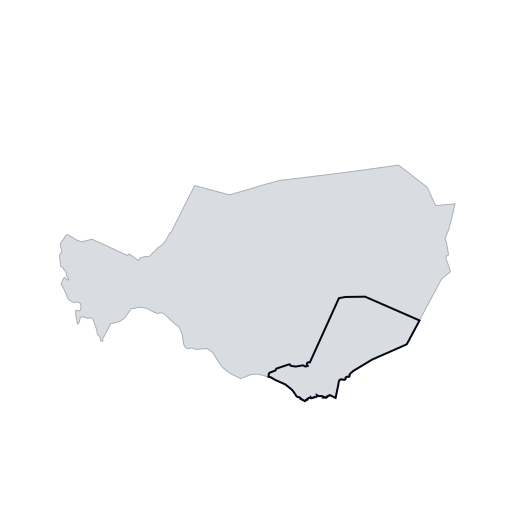 Diffa on a map of Niger (orthographic projection), rotated 24°
{"feature_id": "NER-796", "entity_name": "Diffa", "entity_type": "Department", "adm_level": 1, "iso_a3": "NER", "parent_name": "Niger", "parent_adm1": "", "projection": "orthographic", "projection_center": [13.155, 15.532], "detail": "fine", "context": "in_parent", "style": "outline", "palette": "ink", "viewbox_px": 512, "rotation_deg": 24, "n_neighbors": 0, "source": "natural_earth", "source_scale": "10m", "svg_char_len": 6583}
<svg xmlns="http://www.w3.org/2000/svg" viewBox="0 0 512 512"><g transform="rotate(24 256 256)"><path d="M386.4,353.3L382.2,353.3L379.7,354.1L376.7,356.5L373.2,357.4L369.0,359.5L366.4,361.2L363.9,362.5L360.5,365.7L359.3,368.1L355.9,368.6L351.2,368.2L348.1,365.7L341.1,363.1L336.6,362.0L334.5,361.7L323.7,361.1L312.3,362.0L306.5,363.1L305.4,363.4L302.1,364.9L299.3,366.6L291.8,374.3L282.0,373.9L276.2,372.9L271.3,371.6L264.4,367.7L256.0,361.9L252.8,361.1L249.8,360.6L248.8,360.6L238.5,366.0L236.6,365.8L234.2,366.3L232.6,367.7L231.4,368.4L230.2,368.4L228.6,368.1L227.0,367.2L225.5,365.6L221.5,359.2L220.6,358.1L218.9,356.2L216.0,353.2L214.0,351.8L212.7,351.4L211.3,351.6L203.2,348.9L195.2,346.0L193.4,346.2L192.1,346.7L189.2,348.6L185.9,348.8L181.7,348.5L179.4,348.1L175.7,348.6L173.2,349.3L169.9,350.5L165.6,353.9L164.4,354.3L163.4,354.8L161.6,364.5L160.4,367.4L158.1,371.2L153.8,374.7L150.8,376.8L150.7,379.9L150.3,384.8L150.1,388.2L150.2,390.4L149.7,391.5L149.5,392.4L149.6,393.9L150.2,394.6L150.6,395.5L150.3,396.2L148.9,397.0L147.5,394.8L145.6,393.1L143.5,392.3L142.2,391.1L141.5,389.5L138.8,386.3L132.7,379.9L132.0,379.8L131.0,379.5L129.2,380.1L128.0,381.1L127.3,381.4L126.1,381.4L123.0,382.0L120.6,382.9L120.5,383.7L121.5,388.3L120.8,390.8L119.8,389.6L116.5,384.8L114.2,381.2L113.8,380.4L113.5,379.2L113.8,378.7L114.8,378.4L117.0,378.1L117.4,377.7L117.6,376.8L117.3,375.0L116.2,372.6L115.0,370.9L114.3,370.6L112.9,370.5L111.5,370.6L108.7,372.4L107.5,372.7L104.8,372.4L102.3,371.9L100.9,370.8L96.6,366.7L91.8,362.4L89.8,361.7L89.4,361.2L89.2,358.1L89.4,354.4L89.8,353.4L91.8,354.1L93.9,354.5L94.7,353.8L93.0,352.4L90.6,350.9L89.7,348.8L89.0,348.1L88.0,347.3L86.7,346.8L85.4,346.2L84.6,345.5L83.1,345.2L81.6,344.7L79.6,341.2L77.6,337.9L76.5,335.3L76.1,333.7L76.9,331.2L76.3,330.1L74.0,327.3L72.2,324.7L72.9,321.0L73.5,317.9L73.6,315.9L74.0,314.8L74.3,313.5L75.7,313.2L79.0,313.4L85.6,314.4L90.8,314.0L91.1,313.9L95.0,310.8L99.3,307.4L105.5,307.4L112.2,307.4L117.5,307.5L125.2,307.7L131.4,307.7L138.6,307.8L138.9,306.2L139.4,305.8L140.1,305.8L145.3,306.9L150.3,308.0L150.8,304.9L155.3,301.3L157.8,300.6L158.5,299.9L159.3,298.7L159.9,296.7L160.2,295.3L161.1,294.1L161.9,292.0L163.0,288.2L165.6,284.3L167.3,278.9L167.7,273.6L168.2,269.6L168.9,268.8L169.2,261.7L169.5,254.6L169.8,248.6L170.1,241.1L170.4,234.5L170.8,227.3L171.1,220.9L171.3,216.7L176.3,215.9L181.5,215.0L189.0,213.8L197.2,212.5L206.2,211.0L208.2,209.9L215.2,204.0L218.3,201.4L224.5,196.0L229.3,191.9L235.4,186.7L241.8,181.5L246.9,177.3L254.9,172.6L266.8,165.5L278.7,158.3L290.6,151.2L302.4,144.0L314.2,136.8L325.9,129.5L337.6,122.3L349.2,115.0L360.9,117.8L371.9,120.5L383.0,123.2L385.7,124.6L391.6,129.9L399.2,136.6L399.6,136.7L399.9,136.7L407.2,132.7L416.6,127.4L416.6,127.5L419.3,141.4L421.3,153.4L421.5,161.0L421.6,163.0L422.4,164.4L424.2,165.7L431.5,176.7L430.0,178.6L431.1,182.1L433.0,183.5L439.0,190.0L439.8,191.3L439.5,192.4L435.5,200.2L434.8,202.1L434.1,212.1L433.6,219.1L432.9,228.7L432.1,240.2L431.5,250.0L430.6,262.8L429.7,275.0L423.7,281.8L413.0,293.7L404.2,303.4L399.7,309.9L391.1,322.6L387.2,330.7L384.2,335.0L382.7,336.8L384.0,342.8L386.4,353.3Z" fill="#d9dde1" stroke="#a8b0b8" stroke-width="1"/><path d="M386.4,353.3L380.6,353.0L379.9,353.2L379.7,353.3L379.7,353.8L379.3,354.0L378.4,354.9L378.2,355.1L378.1,355.4L378.1,355.5L378.2,355.8L378.2,356.0L377.8,356.0L377.7,356.0L377.5,356.4L377.6,356.5L377.9,356.5L377.5,357.1L376.9,357.3L376.3,357.4L375.6,357.7L375.8,357.3L375.7,357.1L375.3,357.1L375.2,357.5L375.0,357.4L374.6,357.5L374.2,357.5L373.9,357.4L374.0,357.2L373.4,357.1L372.8,357.3L370.6,358.4L370.0,358.5L369.3,358.4L369.2,358.8L368.7,358.6L368.3,358.5L368.5,358.8L368.9,359.0L369.0,359.2L368.7,359.5L368.0,360.2L368.0,360.3L368.0,360.5L367.8,360.5L367.7,360.5L367.3,360.7L367.2,360.8L367.3,361.1L367.4,361.3L367.5,361.3L367.1,361.4L366.9,361.1L366.7,361.1L366.5,361.5L365.9,362.3L365.5,362.6L365.0,362.7L364.7,362.8L364.6,363.4L364.4,363.5L364.0,363.4L363.8,363.3L363.6,363.1L363.3,362.9L363.3,363.3L363.2,363.4L363.1,363.6L362.9,363.7L362.7,363.7L361.7,364.5L361.6,364.9L361.3,365.3L361.1,365.7L361.5,365.8L361.4,366.4L361.2,366.6L361.0,366.9L360.9,366.9L360.3,367.0L360.2,367.1L360.0,368.4L359.9,368.7L359.6,368.8L359.2,368.8L358.7,368.6L358.2,368.5L357.5,368.5L356.7,368.4L356.3,368.3L356.1,368.5L355.9,368.3L355.7,368.1L355.3,368.0L355.1,368.1L355.0,368.3L354.9,368.3L354.7,368.3L354.7,368.2L354.6,367.9L354.3,367.8L353.1,367.3L352.7,367.4L352.2,367.7L351.9,367.8L351.1,367.9L349.7,367.5L349.3,367.3L348.2,366.4L344.9,364.4L342.3,363.3L335.1,361.4L323.6,361.4L319.3,360.8L317.0,361.0L316.4,361.1L315.6,358.2L315.7,357.8L315.8,357.2L320.0,353.0L320.2,352.7L320.3,352.3L320.3,352.0L320.3,351.4L320.3,350.9L320.3,350.7L320.5,350.5L330.1,341.7L330.6,341.4L330.9,341.3L331.2,341.4L332.2,342.0L332.5,342.1L332.9,342.1L337.3,340.8L343.2,336.9L343.5,336.8L345.7,336.9L346.0,336.8L346.3,336.7L347.9,335.5L348.1,335.3L348.0,335.1L347.0,334.8L346.7,334.7L346.6,334.4L346.4,334.2L346.3,333.8L346.3,333.5L346.3,332.9L346.4,332.6L346.5,332.3L346.8,332.1L347.4,331.7L348.1,331.3L348.5,331.3L348.5,331.2L348.9,260.8L349.4,260.6L349.7,260.2L354.5,257.0L372.2,248.8L431.4,248.4L431.6,248.4L431.6,248.6L431.5,249.8L431.4,250.9L431.3,252.0L431.3,253.1L431.2,254.2L431.1,255.3L431.0,256.4L430.9,257.5L430.9,258.6L430.8,259.8L430.7,260.9L430.6,262.0L430.5,263.1L430.5,264.2L430.4,265.3L430.3,266.4L430.2,267.5L430.1,268.6L430.1,269.8L430.0,270.9L429.9,272.0L429.8,273.1L429.7,274.2L429.7,274.8L429.6,275.1L429.5,275.4L429.2,275.8L428.5,276.7L427.2,278.1L425.9,279.5L424.6,281.0L423.3,282.4L422.0,283.8L420.7,285.3L419.4,286.7L418.1,288.1L416.8,289.6L415.5,291.0L414.2,292.4L412.9,293.8L411.6,295.3L410.3,296.7L409.0,298.1L407.7,299.6L406.8,300.6L405.5,302.0L404.2,303.4L403.5,304.4L402.8,305.4L402.1,306.4L401.4,307.4L400.7,308.4L400.0,309.4L399.4,310.4L398.7,311.3L398.0,312.3L397.3,313.3L396.6,314.3L395.9,315.3L395.2,316.3L394.5,317.3L393.8,318.3L393.1,319.3L392.4,320.3L391.7,321.3L391.1,322.6L390.3,324.2L390.0,325.0L389.9,325.5L389.8,326.0L389.9,326.5L390.3,327.5L390.3,328.0L390.1,328.6L389.7,328.8L389.3,328.8L388.8,328.9L388.6,329.1L387.8,329.9L387.4,330.3L387.3,330.5L387.6,330.8L387.8,331.8L387.8,332.3L387.6,332.7L386.8,333.4L386.4,333.5L385.9,333.6L384.9,333.7L384.1,334.0L383.5,334.3L382.7,335.4L382.7,336.8L383.1,338.5L383.5,339.8L383.7,340.9L383.9,341.7L384.0,342.4L384.2,343.2L384.4,344.0L384.6,344.8L384.7,345.5L384.9,346.3L385.1,347.1L385.2,347.9L385.4,348.6L385.6,349.4L385.8,350.2L385.9,351.0L386.1,351.7L386.3,352.5L386.4,353.3Z" fill="none" stroke="#020617" stroke-width="2"/></g></svg>